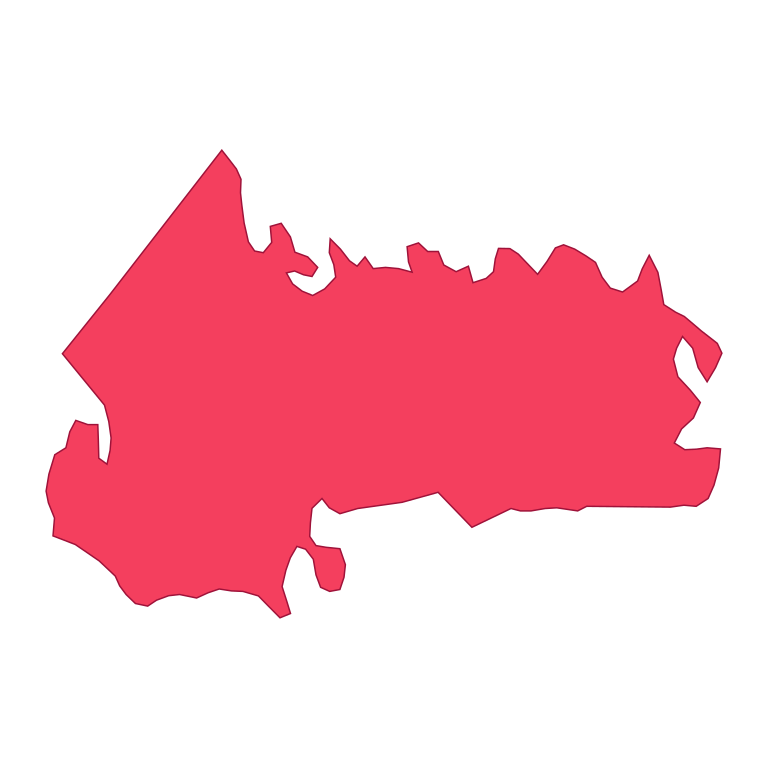 Floriano Peixoto, Rio Grande do Sul, Brazil
{"feature_id": "56859067B13230601625059", "entity_name": "Floriano Peixoto", "entity_type": "district", "adm_level": 2, "iso_a3": "BRA", "parent_name": "Brazil", "parent_adm1": "Rio Grande do Sul", "projection": "equal_earth", "projection_center": [-52.034, -27.853], "detail": "fine", "context": "isolated", "style": "filled", "palette": "rose", "viewbox_px": 768, "rotation_deg": 0, "n_neighbors": 0, "source": "geoboundaries", "source_scale": "gbopen_adm2", "svg_char_len": 2180}
<svg xmlns="http://www.w3.org/2000/svg" viewBox="0 0 768 768"><path d="M221.8,150.2L109.7,294.8L62.4,353.7L104.5,405.1L108.8,421.6L111.1,438.0L110.1,450.4L107.0,464.2L98.8,458.2L98.3,439.2L97.8,424.6L87.8,424.6L75.8,420.4L69.8,431.8L65.9,447.8L54.8,454.7L48.9,474.2L46.1,491.1L48.4,502.8L54.5,518.0L53.0,535.9L75.3,544.5L99.2,560.9L115.3,576.1L119.7,585.9L126.1,594.5L135.4,603.5L147.7,606.1L156.5,600.2L168.7,595.7L179.6,594.5L196.6,598.0L208.0,592.8L219.2,589.0L231.5,590.9L242.9,591.4L258.4,595.9L268.9,606.6L280.0,617.8L290.5,613.5L287.1,602.3L282.1,586.6L285.9,570.2L290.3,557.8L296.9,546.4L305.6,549.2L313.3,559.2L316.0,574.9L320.6,587.3L329.7,591.4L339.9,589.5L344.0,577.3L345.4,564.7L339.9,548.7L326.1,547.3L316.0,545.6L309.7,536.4L310.4,523.0L312.0,508.3L322.0,498.5L329.3,507.8L339.9,513.7L357.7,508.5L402.1,502.3L438.1,492.3L471.9,527.3L511.0,508.5L520.4,510.9L531.1,510.9L545.2,508.5L556.8,507.8L577.7,510.9L586.7,506.3L670.5,507.1L683.9,505.2L696.2,506.3L708.1,498.5L714.0,485.1L718.7,468.0L720.5,448.9L707.1,447.8L696.2,449.2L684.8,449.7L674.3,443.0L681.6,428.9L693.4,418.0L700.3,402.5L690.4,390.3L677.9,376.8L673.4,359.1L676.6,348.2L682.5,336.5L692.7,348.2L698.2,367.7L707.1,381.8L715.5,367.7L721.9,353.2L717.3,343.4L709.4,337.2L701.4,331.0L694.5,325.1L684.3,316.5L675.6,312.2L663.8,304.6L661.1,289.3L657.9,272.4L649.2,255.3L642.2,268.9L637.6,281.0L622.6,292.0L610.3,288.1L602.1,277.2L595.5,262.4L586.1,256.0L574.7,249.1L563.6,244.8L555.4,247.9L547.0,261.5L537.6,274.3L528.3,264.6L518.3,254.1L509.9,248.6L498.5,248.4L495.3,258.8L493.5,271.7L486.2,278.4L473.0,282.7L468.4,266.2L456.1,271.7L443.8,265.0L438.3,251.5L427.7,251.5L418.5,242.9L407.1,246.7L408.5,261.9L412.1,272.2L398.5,268.6L385.5,267.4L373.2,268.6L365.0,256.9L357.1,266.2L349.5,260.8L340.4,249.1L330.2,238.8L329.3,252.7L333.8,264.6L335.7,277.2L324.7,288.9L312.7,295.5L302.2,291.2L292.6,283.9L286.4,272.9L294.6,271.0L303.6,274.8L312.0,276.5L317.7,267.4L307.7,256.9L294.9,252.2L290.4,236.9L281.2,223.3L270.3,226.4L271.7,242.4L263.3,252.7L254.6,251.0L248.4,241.9L244.1,222.9L241.8,205.0L240.5,192.8L241.0,179.3L236.4,169.0L229.5,160.0L221.8,150.2Z" fill="#f43f5e" stroke="#9f1239" stroke-width="1.5"/></svg>